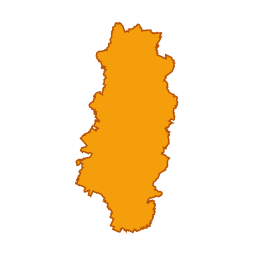 Somerset, Queensland, Australia (Natural Earth projection), rotated 17°
{"feature_id": "25037944B77651628616749", "entity_name": "Somerset", "entity_type": "district", "adm_level": 2, "iso_a3": "AUS", "parent_name": "Australia", "parent_adm1": "Queensland", "projection": "natural_earth1", "projection_center": [152.451, -27.012], "detail": "fine", "context": "isolated", "style": "filled", "palette": "amber", "viewbox_px": 256, "rotation_deg": 17, "n_neighbors": 0, "source": "geoboundaries", "source_scale": "gbopen_adm2", "svg_char_len": 5797}
<svg xmlns="http://www.w3.org/2000/svg" viewBox="0 0 256 256"><g transform="rotate(17 128 128)"><path d="M178.4,184.0L178.5,183.0L179.6,182.2L179.7,180.7L179.2,179.7L177.0,179.4L175.9,180.1L173.1,178.7L171.7,179.3L171.8,176.5L168.9,175.9L168.3,173.9L168.3,172.3L170.0,170.0L169.7,168.9L171.4,167.2L171.2,166.0L171.6,164.7L171.3,163.0L171.6,162.2L173.9,159.2L175.4,158.1L175.6,157.3L176.2,157.1L175.5,155.7L177.0,153.4L175.4,148.1L175.7,145.7L176.2,145.5L176.3,144.5L173.8,144.5L172.3,143.4L169.6,142.8L167.9,143.0L167.6,141.9L169.2,140.9L168.7,138.1L167.7,136.2L170.4,136.6L170.3,136.0L170.0,136.4L169.5,135.9L169.5,134.7L170.8,133.6L170.7,132.0L171.5,131.5L171.6,130.4L170.4,128.1L170.7,127.5L168.6,124.5L168.8,123.5L169.3,123.6L169.5,123.0L169.0,123.0L169.1,122.0L168.6,122.3L168.1,121.9L168.1,120.7L168.9,119.6L166.8,119.5L165.8,120.2L165.5,119.6L166.2,118.4L164.7,117.9L164.7,117.4L163.8,117.7L164.1,116.5L165.4,116.6L165.7,115.5L166.2,115.6L166.2,114.9L166.7,114.6L166.5,112.8L167.0,111.7L167.6,111.9L167.8,111.0L169.2,110.1L165.2,109.4L166.1,108.7L166.2,106.9L169.4,107.0L169.6,106.0L169.3,104.1L168.7,103.9L169.1,103.2L167.5,101.5L167.8,100.9L167.4,99.8L166.8,99.9L166.4,98.8L166.7,97.6L166.1,96.6L166.2,95.9L167.9,94.9L167.6,94.1L168.0,93.4L166.9,93.0L168.0,92.4L168.3,91.2L167.8,90.6L168.0,88.8L167.0,88.3L166.4,87.5L166.2,84.4L164.2,83.6L162.7,84.6L162.4,82.9L161.9,82.4L160.9,82.9L156.4,81.7L155.7,80.1L154.6,79.7L153.5,78.5L153.3,77.7L154.0,77.2L153.5,76.7L152.9,74.1L150.7,72.4L149.5,72.0L148.6,72.4L148.7,70.7L149.7,69.2L149.3,68.8L149.4,67.6L148.8,67.6L153.5,61.2L154.2,55.4L153.6,55.3L153.2,53.0L153.6,52.3L152.1,52.0L152.5,51.5L152.3,50.0L150.3,49.8L149.1,47.9L142.6,46.9L143.2,48.8L144.3,50.4L143.9,50.7L134.4,49.4L134.6,47.6L133.2,47.4L133.4,45.3L131.8,45.0L132.2,43.1L131.9,43.0L132.6,42.7L133.3,40.3L132.3,39.7L132.3,40.6L131.2,41.5L131.2,39.0L131.7,38.3L131.7,36.7L132.4,35.7L133.0,31.7L132.5,32.3L131.6,32.1L132.2,27.4L131.2,27.4L131.0,27.9L129.5,28.2L128.9,28.7L127.6,28.2L126.2,29.9L125.6,29.3L124.2,30.3L123.7,29.6L122.2,29.6L121.3,27.8L120.4,27.9L119.8,28.5L117.2,28.9L116.5,29.6L113.5,30.5L113.0,31.1L112.4,29.7L111.3,28.9L111.3,28.4L110.2,28.2L109.7,27.1L108.4,26.0L107.3,26.0L106.7,26.2L106.3,28.2L105.6,29.0L104.4,29.2L104.4,30.3L103.5,31.8L99.9,33.3L100.6,33.8L100.2,36.0L98.7,35.3L97.5,37.0L96.6,36.8L93.1,31.9L92.3,31.8L90.4,30.0L89.5,30.5L88.8,30.0L88.5,31.0L87.9,31.5L86.6,30.7L85.8,31.0L85.3,32.4L85.9,33.7L85.5,34.7L84.2,35.8L84.5,38.0L85.2,38.6L84.3,40.4L84.9,41.1L84.6,42.0L85.8,45.7L85.1,48.9L86.9,51.5L84.9,52.9L85.8,55.5L84.6,57.8L85.0,59.9L83.3,59.7L83.1,60.8L81.5,61.6L81.2,62.1L77.5,63.4L76.3,65.4L76.7,68.5L77.7,69.1L78.0,70.6L80.5,71.7L80.2,72.1L80.7,72.9L82.4,72.4L85.5,76.7L84.9,77.4L85.4,78.6L87.3,77.7L86.5,76.7L86.6,76.1L88.4,76.2L88.1,78.5L90.0,78.8L88.8,80.8L89.2,81.5L88.8,83.7L89.8,84.8L90.7,84.4L92.3,86.4L91.6,86.6L91.5,88.5L91.0,88.8L91.9,91.0L91.6,93.3L94.0,93.7L93.6,96.3L92.9,96.2L92.6,97.9L93.1,98.7L93.1,102.3L93.8,103.5L91.4,103.1L90.9,102.5L91.0,101.7L90.5,101.6L90.2,102.3L88.6,102.8L87.5,103.8L86.1,107.2L86.1,107.6L86.6,107.2L86.9,107.7L87.5,107.4L87.9,108.4L87.0,109.7L86.9,112.1L87.2,112.5L84.6,115.7L84.2,117.5L85.7,119.2L88.0,119.7L88.2,120.6L88.9,120.3L90.1,120.9L90.7,120.2L90.9,122.1L91.8,121.5L93.0,121.8L92.7,122.3L91.7,122.6L92.4,123.0L93.1,122.6L93.2,123.2L91.5,123.9L91.7,124.4L93.8,124.7L93.5,127.1L95.2,127.4L95.3,128.3L98.2,129.2L98.7,129.9L98.4,130.6L94.5,130.0L94.4,130.8L95.4,130.9L94.7,136.2L99.7,137.0L99.2,137.5L98.5,137.1L98.9,137.9L97.7,138.5L98.4,139.7L98.3,140.1L97.7,139.6L94.2,139.1L93.3,137.1L92.5,141.6L92.9,142.3L92.1,142.3L92.1,142.8L91.8,143.0L92.1,143.6L89.1,145.8L88.9,146.6L88.5,146.5L88.3,147.2L88.6,147.5L87.7,147.6L87.7,148.1L87.1,148.4L86.6,150.2L85.6,151.7L93.8,156.7L93.3,158.0L92.6,158.8L89.7,160.3L89.3,163.5L91.5,164.4L91.5,163.9L92.5,163.3L97.8,164.0L98.6,162.6L101.0,163.0L100.5,166.4L99.4,167.6L96.9,168.8L95.7,169.7L95.7,170.3L94.2,170.0L93.8,172.4L92.7,171.8L91.4,172.2L92.3,173.4L92.1,174.0L91.1,173.0L89.9,172.7L88.3,175.0L88.6,176.0L89.4,176.4L90.2,178.6L91.5,177.8L93.1,175.2L95.0,175.5L94.7,176.0L95.0,177.5L95.7,178.9L96.5,179.1L96.0,179.8L95.5,181.9L94.4,182.6L94.1,184.3L95.8,184.6L95.4,188.1L94.9,188.0L94.3,192.7L95.8,191.5L95.3,194.8L94.2,195.5L94.3,196.4L95.8,196.4L97.4,197.1L98.0,196.7L98.7,197.1L99.7,196.7L104.8,197.5L104.3,200.5L105.1,201.8L107.5,200.6L108.1,199.1L109.3,198.9L109.8,203.8L111.3,203.5L112.2,204.2L113.0,198.6L117.1,199.3L117.3,198.7L121.7,199.2L124.4,201.1L126.0,201.6L125.7,204.0L127.9,204.3L127.8,205.2L127.1,205.5L131.1,206.2L131.2,209.4L132.6,209.6L132.5,210.4L133.5,211.2L133.6,210.5L135.9,211.5L137.9,214.0L136.7,214.7L137.5,216.4L137.0,218.5L140.8,219.2L139.8,226.5L143.7,226.6L143.0,229.2L149.1,230.0L150.6,229.7L151.1,227.7L150.5,227.6L150.6,226.9L151.2,227.0L151.5,225.3L154.3,225.9L154.2,226.6L155.6,227.1L156.0,226.5L156.4,226.9L156.2,226.1L156.6,225.8L158.6,226.1L158.7,225.5L163.2,226.4L163.7,223.1L164.2,223.6L164.9,223.0L165.5,223.8L166.0,223.4L166.6,224.2L169.5,221.8L169.7,220.3L169.9,220.7L171.0,219.9L171.4,220.4L172.0,219.9L171.6,219.5L172.0,218.3L172.9,218.9L173.3,218.5L175.1,218.2L175.1,217.3L174.1,216.5L174.2,215.7L175.1,215.3L175.6,216.3L176.8,216.1L177.0,214.8L177.5,214.9L177.0,214.0L177.6,212.7L177.2,212.7L177.5,211.9L176.8,212.1L176.8,210.0L177.7,209.8L178.2,206.3L177.9,206.2L178.0,205.6L177.5,205.5L177.7,203.9L177.3,203.8L178.3,203.1L178.3,201.7L178.0,201.6L178.2,200.1L177.3,200.0L177.4,197.3L176.1,198.1L176.6,194.0L175.9,193.8L176.1,192.7L174.4,192.5L174.7,190.4L172.3,190.0L172.1,191.0L171.1,190.8L171.0,191.7L169.9,191.5L169.6,193.4L169.1,193.3L169.0,193.9L168.0,193.8L168.7,189.5L169.7,188.5L173.7,186.2L174.0,184.9L177.0,184.8L178.4,184.0Z" fill="#f59e0b" stroke="#b45309" stroke-width="1.5"/></g></svg>